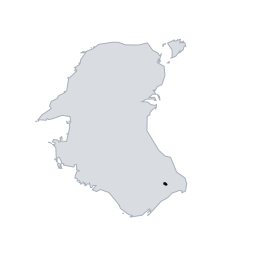 Nungarin, Western Australia, Australia shown in context, rotated 249°
{"feature_id": "25037944B34284730981486", "entity_name": "Nungarin", "entity_type": "district", "adm_level": 2, "iso_a3": "AUS", "parent_name": "Australia", "parent_adm1": "Western Australia", "projection": "mercator", "projection_center": [118.178, -31.137], "detail": "fine", "context": "in_parent", "style": "filled", "palette": "ink", "viewbox_px": 256, "rotation_deg": 249, "n_neighbors": 0, "source": "geoboundaries", "source_scale": "gbopen_adm2", "svg_char_len": 4142}
<svg xmlns="http://www.w3.org/2000/svg" viewBox="0 0 256 256"><g transform="rotate(249 128 128)"><path d="M171.1,52.5L173.6,63.2L176.7,62.7L180.3,65.9L180.9,72.5L183.0,74.8L183.5,81.0L185.1,84.3L195.4,90.3L199.5,100.4L200.7,100.9L200.9,99.1L203.2,100.9L203.5,100.0L204.5,105.2L205.8,106.7L208.8,108.4L214.6,117.2L214.4,123.2L216.6,130.5L213.6,144.4L211.6,149.6L206.5,155.5L201.7,167.4L200.5,176.6L191.6,178.9L187.1,182.9L184.3,183.3L185.1,185.6L180.8,182.2L181.4,181.4L181.1,180.6L180.3,180.5L178.9,182.0L177.8,181.1L179.6,179.7L178.6,178.7L172.7,183.8L163.5,181.2L156.3,175.1L156.1,170.3L152.8,166.1L154.2,166.2L154.1,165.0L149.4,166.2L150.8,163.1L148.9,158.6L147.2,163.7L143.7,164.2L144.3,162.5L145.9,162.5L148.3,155.5L147.6,150.3L145.2,155.7L141.7,157.8L139.4,161.2L139.7,162.9L138.3,162.6L136.0,160.8L137.4,160.7L136.4,157.5L134.3,153.8L132.4,153.3L132.1,150.1L118.7,144.7L95.9,148.8L88.6,152.5L85.4,157.2L69.5,157.6L60.8,163.3L55.0,162.9L48.4,159.0L48.3,155.1L49.9,155.8L51.3,153.5L51.4,145.7L48.7,140.0L47.7,132.8L40.5,118.3L43.3,119.8L41.6,115.5L42.8,118.0L44.9,118.8L41.5,109.9L44.1,97.8L44.6,100.6L47.1,97.5L55.8,92.0L58.8,92.3L74.5,87.1L80.4,80.3L80.0,75.8L83.1,72.6L85.7,77.6L87.0,74.8L85.3,72.9L85.9,71.7L90.9,72.5L89.3,72.0L90.4,70.1L89.5,68.4L92.2,68.1L91.2,66.9L93.5,66.7L92.7,64.8L94.7,62.8L94.8,64.0L96.4,63.9L96.5,61.5L98.8,62.4L100.2,60.5L102.6,61.8L105.9,65.0L105.3,67.6L107.5,65.1L112.1,66.8L113.0,65.4L111.0,63.4L116.4,54.6L117.5,55.2L119.3,53.0L120.0,53.9L125.5,53.2L125.4,51.1L121.6,49.6L122.2,49.1L135.6,53.6L139.5,51.9L138.6,53.6L140.2,54.6L142.2,52.5L144.0,54.3L141.8,58.2L139.5,58.5L139.6,61.3L137.5,65.8L149.6,73.9L153.0,74.7L154.0,76.7L159.5,78.0L163.4,71.0L163.7,60.7L164.3,56.9L165.7,56.0L164.6,54.3L168.0,47.0L171.1,52.5ZM177.8,194.3L184.8,197.1L193.0,195.3L193.6,203.3L193.0,201.8L192.2,203.5L192.0,208.8L189.1,206.7L187.2,211.6L183.6,211.2L184.3,209.8L181.2,207.5L179.9,203.3L181.3,204.1L178.0,198.4L177.8,194.3ZM115.4,49.1L119.2,49.1L120.4,50.2L117.8,52.4L115.4,49.1ZM142.2,167.7L149.1,167.5L146.1,168.7L142.2,167.7ZM143.0,60.8L143.7,63.0L141.3,62.6L141.7,61.0L143.0,60.8ZM214.2,116.2L214.1,113.5L215.0,111.3L215.4,112.9L214.2,116.2ZM191.1,189.7L193.4,190.4L193.5,191.4L191.1,189.7ZM115.0,49.7L116.3,51.9L113.9,51.7L115.0,49.7ZM175.3,190.2L174.0,189.9L174.7,188.1L175.3,190.2ZM155.9,73.0L154.8,73.7L153.6,74.0L154.2,72.8L155.9,73.0ZM40.4,117.6L39.5,116.3L39.4,115.1L39.6,115.1L40.4,117.6ZM193.0,192.5L193.9,193.2L192.2,192.6L193.0,192.5ZM205.3,105.5L206.2,105.5L206.2,106.7L205.3,105.5ZM183.8,80.9L184.9,81.6L184.7,82.0L183.8,80.9ZM189.0,209.6L189.1,210.9L188.2,210.5L189.0,209.6ZM215.8,124.2L215.9,125.7L215.7,125.7L215.8,124.2ZM125.2,49.0L124.5,48.4L124.9,48.1L125.2,49.0ZM143.1,49.1L142.1,50.2L143.2,48.3L143.1,49.1ZM215.9,122.4L215.5,122.9L215.8,122.4L215.9,122.4ZM144.5,69.1L143.9,69.3L144.2,68.8L144.5,69.1ZM141.0,60.7L140.4,60.8L140.8,60.1L141.0,60.7ZM50.3,92.1L50.1,93.0L49.8,92.9L50.3,92.1ZM166.8,46.4L166.8,47.2L166.5,46.7L166.8,46.4ZM180.3,181.0L180.5,181.6L180.3,181.4L180.3,181.0ZM141.9,50.5L140.6,51.3L141.9,50.3L141.9,50.5ZM92.8,63.8L92.3,64.3L92.6,63.7L92.8,63.8ZM189.5,208.6L189.0,208.9L189.3,208.4L189.5,208.6ZM155.4,75.6L154.7,75.6L155.1,75.2L155.4,75.6ZM90.2,67.7L89.9,68.0L89.8,67.3L90.2,67.7ZM192.8,205.8L192.2,206.2L192.4,205.5L192.8,205.8ZM167.3,44.4L167.2,44.9L166.8,44.7L167.3,44.4ZM180.0,181.8L180.6,182.3L179.6,182.2L180.0,181.8ZM196.7,90.3L196.2,90.3L196.4,89.7L196.7,90.3ZM200.5,99.0L200.3,99.0L200.4,98.5L200.5,99.0ZM178.1,193.3L177.9,193.8L177.8,193.2L178.1,193.3Z" fill="#d9dde1" stroke="#a8b0b8" stroke-width="1"/><path d="M61.5,143.9L61.8,143.9L62.0,143.8L61.9,143.8L61.9,143.7L62.0,143.6L62.3,143.5L62.5,143.5L62.7,143.4L62.8,143.3L62.8,143.2L63.0,143.0L63.0,142.9L63.1,143.0L63.3,142.9L63.5,142.9L63.6,142.3L63.6,142.1L63.6,141.9L63.3,141.9L63.3,142.1L63.3,142.3L63.2,142.3L63.0,142.5L62.9,142.5L62.7,142.4L62.6,142.5L62.5,142.4L62.4,142.3L62.4,142.2L62.3,142.3L62.2,142.3L61.9,142.4L61.7,142.5L61.4,142.7L61.4,142.8L61.4,143.0L61.3,143.3L61.2,143.4L61.2,143.5L61.2,143.8L61.3,143.9L61.5,143.9L61.5,143.9Z" fill="#0f172a" stroke="#020617" stroke-width="1.5"/></g></svg>